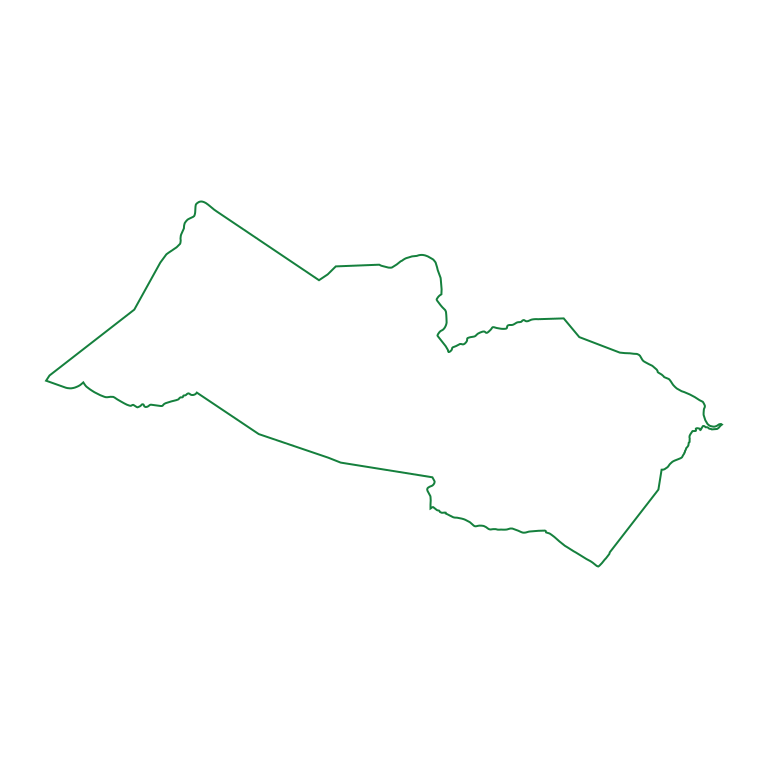 Ocotepeque, Ocotepeque, Honduras (Mercator projection)
{"feature_id": "27666195B53241292174391", "entity_name": "Ocotepeque", "entity_type": "district", "adm_level": 2, "iso_a3": "HND", "parent_name": "Honduras", "parent_adm1": "Ocotepeque", "projection": "mercator", "projection_center": [-89.221, 14.418], "detail": "fine", "context": "isolated", "style": "outline", "palette": "green", "viewbox_px": 768, "rotation_deg": 0, "n_neighbors": 0, "source": "geoboundaries", "source_scale": "gbopen_adm2", "svg_char_len": 6107}
<svg xmlns="http://www.w3.org/2000/svg" viewBox="0 0 768 768"><path d="M49.5,375.5L46.1,380.7L65.8,387.7L67.5,388.1L69.6,388.3L71.4,388.3L73.2,388.0L74.8,387.6L76.6,386.9L78.4,386.1L80.1,385.1L81.6,383.9L83.3,382.4L84.8,384.7L85.9,386.1L86.6,386.8L89.9,389.3L91.7,390.5L94.4,392.2L100.3,395.2L104.4,396.8L105.9,397.2L107.5,397.2L110.5,396.8L113.2,396.9L114.5,397.5L117.3,399.4L121.1,401.6L124.3,403.4L126.9,404.7L129.1,405.5L130.3,405.8L131.2,405.7L132.4,405.0L133.2,404.9L133.7,405.1L136.8,407.1L137.5,407.3L138.4,407.0L139.9,406.3L140.6,405.8L141.7,404.7L142.2,404.3L142.6,404.3L143.2,404.4L143.6,404.7L144.1,405.9L144.5,406.5L145.1,406.8L145.7,407.0L146.6,406.9L147.4,406.7L148.3,406.2L149.7,405.1L150.3,404.8L151.0,404.7L160.7,406.0L161.9,406.0L162.7,405.6L163.5,404.6L164.3,403.9L165.6,403.2L171.3,401.4L176.1,400.2L178.1,399.5L178.6,399.2L179.4,398.2L180.1,397.6L180.8,397.3L182.1,397.4L182.5,397.2L183.0,396.8L183.2,396.1L183.4,395.7L183.8,395.5L184.9,395.4L185.6,395.2L186.1,394.9L187.0,394.0L187.7,393.6L188.4,393.4L189.1,393.6L189.6,393.8L190.4,394.5L191.3,394.9L192.1,395.0L193.1,395.0L194.2,394.7L195.3,394.2L196.1,393.5L196.8,392.6L258.8,434.1L328.3,457.7L340.7,462.6L432.4,477.3L434.4,481.0L434.6,481.5L434.6,482.0L434.3,483.2L433.6,484.4L432.5,485.5L431.7,485.9L429.7,486.7L428.2,487.6L427.6,488.2L427.3,488.9L427.2,489.6L427.5,490.8L429.8,495.1L430.3,496.0L430.5,496.9L430.7,500.4L430.5,504.7L430.5,508.5L431.0,508.2L431.8,507.5L432.3,507.2L432.8,507.2L433.3,507.2L436.8,510.0L437.4,510.3L439.0,510.6L439.5,511.1L439.9,511.9L441.3,512.6L442.0,512.8L444.5,512.6L445.2,512.6L445.7,512.7L445.7,513.5L446.2,513.7L452.5,516.9L453.4,517.3L454.8,517.6L457.1,517.7L461.7,518.6L463.8,519.2L465.3,519.8L469.9,522.2L473.5,525.4L474.3,526.0L475.2,526.3L476.5,526.2L478.1,525.8L479.7,525.6L481.9,525.7L483.3,525.9L484.0,526.1L486.0,527.1L488.6,529.0L489.8,529.4L490.7,529.5L492.5,529.2L494.1,529.1L495.5,529.1L498.0,529.7L501.2,529.6L504.6,529.7L506.9,529.5L510.3,528.5L511.7,528.5L512.5,528.6L518.2,530.7L521.5,532.2L523.2,532.7L524.1,532.7L525.8,532.5L528.6,531.7L529.8,531.5L538.5,530.8L544.9,530.6L545.7,531.0L546.1,532.4L549.6,533.5L551.4,534.7L554.3,536.9L559.4,541.4L564.9,545.8L567.4,547.3L573.7,551.3L575.7,552.4L580.6,555.4L586.4,559.0L590.5,561.2L592.6,562.6L596.7,565.9L598.2,566.5L598.9,566.1L599.8,565.3L602.0,563.0L604.8,559.5L605.9,558.4L609.3,554.0L609.8,552.3L658.4,489.6L661.6,469.7L663.5,469.6L664.7,469.1L667.5,467.2L668.3,466.3L669.7,464.3L670.6,463.4L672.5,461.7L674.4,460.7L678.2,459.2L680.6,458.2L681.6,457.6L682.1,457.1L683.1,455.2L684.3,453.4L684.4,452.6L684.8,452.2L685.0,451.8L685.0,451.0L685.8,449.7L686.2,448.2L687.4,446.9L688.3,445.6L688.8,442.6L689.5,442.1L689.6,441.6L689.6,439.9L689.7,438.9L689.7,438.4L689.5,437.6L689.5,436.6L689.7,435.6L690.6,433.9L692.5,431.1L695.3,431.0L695.8,430.8L696.0,430.3L695.8,428.8L695.9,428.6L696.4,428.4L697.0,428.2L698.0,428.3L699.8,428.7L699.9,428.9L699.9,429.4L700.1,429.8L700.3,430.0L700.8,429.7L701.0,429.3L702.8,426.2L703.1,426.1L703.7,426.0L704.4,426.2L705.7,427.2L705.9,427.3L706.6,427.2L707.3,427.3L708.1,427.7L709.1,428.6L710.3,428.9L711.1,429.0L711.8,429.4L716.7,429.0L717.2,428.9L718.5,428.0L720.5,425.7L721.9,424.6L721.0,424.0L719.6,424.2L718.8,424.5L717.4,425.5L716.3,426.1L715.0,426.5L714.1,426.7L712.5,426.5L710.3,426.0L709.4,425.5L708.5,424.9L707.4,423.8L705.3,420.2L703.6,414.9L703.6,412.8L703.9,409.3L704.1,408.6L704.7,407.4L704.9,406.2L704.8,405.5L703.8,403.4L702.8,401.8L699.6,400.2L694.8,397.1L689.9,394.5L684.3,392.1L681.6,391.2L676.8,388.5L675.0,386.9L673.2,385.0L672.3,383.7L670.7,381.2L669.2,379.3L668.3,378.8L664.4,377.2L664.1,377.0L663.4,376.1L661.7,374.6L658.2,372.5L657.7,372.0L657.5,370.9L656.7,369.6L652.3,365.8L648.8,364.1L645.1,362.1L643.6,361.2L642.9,360.5L642.2,359.6L640.0,355.8L639.0,354.9L637.4,354.1L636.4,353.9L634.0,353.8L629.9,353.3L624.8,353.1L619.8,352.6L579.3,337.1L563.7,318.4L538.0,319.2L536.2,319.1L534.2,319.2L532.7,319.4L531.3,319.7L528.1,321.1L526.8,321.3L525.7,321.1L524.3,320.2L523.5,320.1L522.5,320.5L521.7,321.4L521.2,321.8L519.9,322.1L518.1,322.2L516.7,322.6L514.1,324.2L512.8,324.8L511.6,325.0L509.4,325.0L508.2,325.3L507.6,325.7L507.3,326.2L507.1,326.7L507.0,327.6L506.8,328.1L506.4,328.5L505.8,328.7L503.8,328.9L501.3,328.8L496.7,328.0L493.9,327.2L492.8,327.2L492.2,327.6L491.2,329.1L490.3,330.1L488.3,332.0L487.2,332.7L486.8,332.8L486.2,332.8L485.8,332.6L485.0,331.9L484.2,331.5L483.5,331.5L482.4,331.7L480.2,332.5L478.0,333.6L476.8,334.6L475.5,335.9L474.8,336.3L473.9,336.6L470.3,337.2L468.9,337.6L467.8,338.0L467.4,338.3L467.2,338.7L467.1,340.3L466.7,341.4L465.9,342.5L464.7,343.7L463.8,344.2L463.0,344.4L462.3,344.3L461.1,344.0L460.0,344.0L456.2,346.0L452.9,347.3L452.5,347.6L452.2,348.0L451.8,349.6L451.2,350.5L449.8,351.7L449.0,352.0L448.6,352.0L448.2,351.4L448.0,350.3L447.7,349.6L445.7,346.2L438.3,336.8L437.7,336.0L437.5,335.6L437.6,335.1L438.0,334.2L439.3,332.3L440.5,331.1L442.7,329.9L443.6,329.1L444.8,327.6L445.8,325.6L446.3,324.1L446.6,322.7L446.5,318.9L446.3,315.2L446.0,312.0L445.5,310.7L445.1,310.0L442.3,307.2L440.6,305.2L437.4,301.0L436.7,299.8L436.7,299.3L436.9,298.8L438.3,296.8L439.6,295.5L441.4,294.3L441.6,289.3L440.8,279.7L440.6,277.9L437.7,270.0L437.1,267.4L435.6,262.5L434.8,261.4L433.3,259.6L432.2,258.9L427.8,256.4L425.1,255.4L423.1,255.0L421.8,254.9L420.1,255.0L418.6,255.3L416.8,255.9L412.0,256.4L409.1,257.3L406.4,258.1L405.4,258.5L403.5,259.6L402.0,260.7L400.7,261.3L396.7,264.5L393.2,266.7L391.9,267.5L390.8,267.7L388.5,267.6L382.3,266.0L381.2,265.7L379.2,264.7L335.8,266.4L327.7,274.4L319.0,280.2L216.8,211.5L214.1,209.6L208.3,204.8L206.1,203.2L205.0,202.6L203.7,202.0L202.6,201.7L201.7,201.5L200.1,201.6L198.7,202.1L197.1,203.2L196.2,204.1L195.9,204.5L195.7,205.4L195.5,206.6L195.2,212.0L195.1,213.0L194.7,214.8L194.2,216.0L193.2,216.8L189.4,218.6L187.6,219.6L186.0,221.3L184.8,223.0L184.5,223.9L184.1,225.6L183.9,228.4L181.2,234.4L180.8,235.7L180.5,238.6L180.7,240.3L180.6,241.4L180.4,242.9L180.1,243.8L176.7,247.2L171.3,250.9L168.6,252.7L166.4,254.3L160.3,262.6L134.3,309.6L49.5,375.5Z" fill="none" stroke="#15803d" stroke-width="2"/></svg>